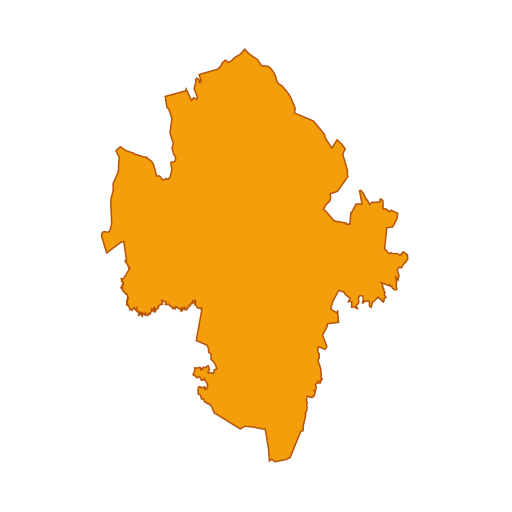 outline of Skujenes pag., Amatas, Latvia, rotated 262°
{"feature_id": "27541924B80284932099647", "entity_name": "Skujenes pag.", "entity_type": "district", "adm_level": 2, "iso_a3": "LVA", "parent_name": "Latvia", "parent_adm1": "Amatas", "projection": "equal_earth", "projection_center": [25.458, 57.084], "detail": "fine", "context": "isolated", "style": "filled", "palette": "amber", "viewbox_px": 512, "rotation_deg": 262, "n_neighbors": 0, "source": "geoboundaries", "source_scale": "gbopen_adm2", "svg_char_len": 6140}
<svg xmlns="http://www.w3.org/2000/svg" viewBox="0 0 512 512"><g transform="rotate(262 256 256)"><path d="M236.3,406.2L236.0,406.1L236.6,405.9L236.5,405.2L239.1,403.4L239.5,402.5L239.1,401.4L236.7,399.3L236.6,398.4L237.9,397.5L239.0,395.4L239.1,392.1L240.5,389.8L239.7,388.7L240.4,387.5L243.2,386.1L245.0,384.3L265.8,389.5L265.7,395.3L273.4,400.9L278.5,402.3L282.5,396.2L281.1,394.2L283.3,392.8L284.7,390.8L285.1,388.5L292.8,389.4L294.8,388.2L295.0,386.7L292.3,386.4L292.9,378.1L291.2,375.6L295.6,374.2L296.9,373.2L302.6,371.1L305.9,369.4L306.4,368.7L306.4,367.6L292.7,368.2L293.5,362.3L285.5,356.6L285.8,356.0L275.4,353.6L274.9,352.8L274.4,354.0L274.6,349.9L275.8,350.2L276.4,349.0L279.9,338.2L290.3,331.6L292.6,329.4L297.0,332.3L300.3,336.9L303.4,338.1L307.2,338.0L308.7,345.6L321.8,358.1L323.2,357.8L327.9,358.5L344.9,356.1L349.7,359.3L355.2,356.2L359.7,352.5L352.3,346.0L362.9,341.2L367.1,340.6L381.6,331.7L392.3,314.0L396.9,315.4L408.0,312.4L411.7,311.0L421.0,305.4L422.7,303.1L424.8,301.4L431.2,300.4L435.9,298.9L440.5,296.2L442.2,294.1L443.8,287.9L450.3,284.8L455.7,278.8L459.0,275.8L462.4,273.7L457.8,268.2L455.7,262.8L452.6,258.7L451.6,255.5L454.3,252.8L453.3,251.8L452.3,249.7L448.7,247.4L446.4,244.3L443.6,224.9L437.6,225.9L435.5,225.3L435.8,224.0L438.0,224.3L440.4,222.2L438.9,220.7L437.2,220.9L430.2,218.0L421.3,220.2L419.6,219.4L421.3,216.3L418.9,213.7L431.0,210.1L429.4,209.4L426.6,188.3L415.7,188.5L413.4,190.1L403.8,191.9L389.9,187.9L378.6,189.8L374.7,187.8L368.0,188.7L365.9,189.8L364.2,190.0L362.4,189.6L361.1,188.6L360.5,187.3L360.8,185.2L360.1,184.5L354.0,184.7L351.9,184.3L346.3,181.9L344.0,179.5L345.3,178.0L344.5,176.1L344.5,174.1L348.7,171.6L349.1,168.8L360.9,167.3L364.3,165.8L367.8,162.1L369.3,161.2L369.4,159.0L372.9,152.4L373.3,150.4L374.6,149.3L378.6,141.7L383.1,136.8L379.8,132.0L372.7,134.3L365.7,132.6L360.3,131.9L358.1,131.1L347.6,124.6L340.8,123.7L333.2,120.5L329.9,119.7L308.1,117.6L302.8,115.5L300.9,114.0L300.0,112.9L301.3,109.2L300.8,107.3L299.7,106.4L297.3,105.8L279.8,108.6L287.2,121.9L288.5,124.7L288.7,127.1L269.3,127.2L269.8,126.0L268.9,125.7L264.6,127.9L262.1,128.2L262.2,129.4L261.7,129.5L252.1,121.7L251.7,120.6L252.5,119.7L252.3,119.3L251.1,119.7L249.9,119.3L248.9,120.0L248.9,120.9L246.9,120.5L246.2,120.9L245.6,120.4L246.5,119.8L245.7,119.3L243.7,119.3L244.5,118.6L243.6,117.9L242.5,118.2L242.7,119.1L239.1,119.5L239.1,120.5L236.6,121.5L236.1,122.2L236.3,122.9L233.8,123.2L233.3,123.7L232.8,123.5L233.6,122.9L231.4,123.5L231.3,122.5L230.2,122.6L230.0,121.7L228.1,122.1L227.5,121.9L227.9,121.6L226.6,121.5L226.9,122.1L225.7,122.2L225.5,121.5L225.1,122.4L224.3,122.4L223.3,123.4L220.4,123.5L220.6,124.6L219.4,125.8L221.4,127.2L221.8,128.2L219.7,129.0L221.2,130.6L218.6,129.9L217.3,130.6L217.8,131.7L216.6,132.0L213.7,131.3L213.5,131.9L214.4,132.9L216.4,134.0L216.2,134.5L214.1,134.2L212.0,135.0L212.8,135.5L214.7,135.3L215.4,135.9L212.8,138.1L214.9,138.5L212.2,140.3L212.6,141.2L214.3,142.2L214.1,142.7L213.3,142.8L213.3,143.2L215.6,144.3L215.6,144.9L217.8,145.1L215.9,146.4L218.7,147.4L219.1,148.4L217.9,148.7L217.5,147.8L214.7,148.1L215.6,149.2L216.3,148.9L216.7,149.5L217.6,149.5L217.4,151.0L217.8,152.0L220.3,152.3L220.2,153.3L221.7,155.7L221.3,156.8L225.2,156.6L222.6,160.6L220.7,159.6L220.2,159.9L220.5,162.6L218.7,163.8L216.9,165.8L215.3,166.4L216.6,167.4L214.9,168.5L216.8,169.4L217.0,170.1L215.7,170.6L215.5,172.0L214.4,172.5L214.1,173.6L211.7,174.2L212.3,175.6L213.2,175.7L214.5,175.0L215.3,175.9L213.1,177.4L212.9,178.0L214.5,178.3L212.5,179.4L212.6,180.3L214.5,181.4L215.1,182.5L216.6,183.0L216.0,183.8L217.0,184.8L218.5,185.3L217.7,186.5L220.9,187.6L220.3,188.4L218.1,188.5L218.7,189.1L220.3,189.4L220.3,190.0L218.4,189.9L215.9,188.8L215.2,190.0L213.1,190.6L212.3,191.6L212.4,193.1L211.3,194.1L212.0,195.0L208.6,194.3L180.6,185.1L174.4,195.1L171.3,196.0L167.1,195.8L165.3,197.7L159.8,197.1L157.2,199.3L152.8,201.0L149.8,201.4L149.0,198.7L146.0,197.9L145.6,197.1L146.8,195.4L147.0,193.2L146.6,192.6L147.1,192.2L148.3,192.4L150.1,194.2L154.1,193.3L152.4,190.2L153.2,188.6L151.2,187.2L152.1,186.9L151.1,185.4L153.3,185.5L153.6,184.4L153.1,183.2L153.7,179.8L150.8,179.2L147.4,177.2L146.4,177.7L146.1,178.0L146.3,178.8L143.6,180.5L144.3,183.4L140.5,184.6L140.6,187.2L141.9,187.7L135.5,190.2L134.3,189.6L133.3,190.2L131.8,189.3L130.8,187.1L131.6,187.0L132.3,187.8L133.4,187.3L133.5,185.7L132.9,184.1L134.5,182.1L134.5,181.3L132.4,180.0L127.3,179.6L126.2,181.5L121.9,182.2L122.4,183.5L121.1,184.5L119.7,184.4L118.3,185.3L118.5,185.8L116.6,187.3L116.0,188.7L116.3,188.9L114.3,190.3L114.5,190.6L106.5,192.8L86.9,216.4L89.0,221.3L87.0,229.6L83.9,238.0L83.4,241.0L63.4,241.6L51.1,240.8L52.6,243.4L49.6,246.0L50.3,257.4L51.6,261.7L76.3,276.0L76.4,278.3L82.2,279.5L90.4,282.7L92.4,283.2L93.6,282.8L94.6,284.1L98.5,285.5L102.1,285.6L103.4,286.4L106.2,285.8L110.1,287.3L109.4,289.2L108.5,289.7L108.5,291.0L108.1,291.5L108.2,292.5L109.5,293.4L109.4,294.2L112.9,295.6L114.5,294.9L114.1,296.0L117.3,297.5L118.5,297.0L120.6,297.2L121.6,299.3L123.0,299.7L121.4,300.7L121.5,302.4L122.3,302.7L123.5,302.1L124.1,302.6L123.9,303.6L125.0,303.6L125.0,304.3L128.1,303.3L129.2,304.1L134.7,304.4L140.8,303.5L141.9,302.8L144.2,303.1L146.4,304.5L150.2,305.0L152.6,303.8L157.5,305.2L154.0,311.5L156.4,313.6L168.4,310.9L175.7,316.3L179.0,317.5L178.8,328.5L190.0,329.1L188.7,327.6L193.2,322.6L200.7,325.9L210.4,333.3L207.9,338.4L207.0,338.3L204.9,339.5L201.0,343.5L197.9,341.1L197.6,344.5L192.0,343.5L192.0,345.5L189.8,349.1L193.2,348.3L194.6,350.6L196.4,351.5L199.6,351.4L202.3,353.1L201.6,356.2L197.8,356.2L194.7,354.9L195.1,356.6L196.2,357.3L195.4,361.7L194.3,362.1L192.6,361.4L190.1,361.5L189.2,363.0L193.9,365.0L198.2,371.4L196.9,371.9L195.6,373.9L194.5,373.8L193.6,374.9L193.8,375.4L192.7,375.6L193.0,376.2L196.4,377.2L196.9,379.0L200.3,377.6L201.9,378.7L203.7,377.8L206.0,377.9L206.6,377.3L209.6,377.3L212.2,376.4L207.7,384.3L208.8,384.5L207.1,386.0L205.3,386.5L203.3,388.5L203.1,390.8L207.8,390.8L208.6,391.2L214.2,391.6L216.6,391.1L212.3,393.3L216.7,394.9L222.7,393.9L225.2,396.3L224.1,398.2L228.6,402.1L228.8,403.3L232.0,405.9L236.3,406.2Z" fill="#f59e0b" stroke="#b45309" stroke-width="1.5"/></g></svg>